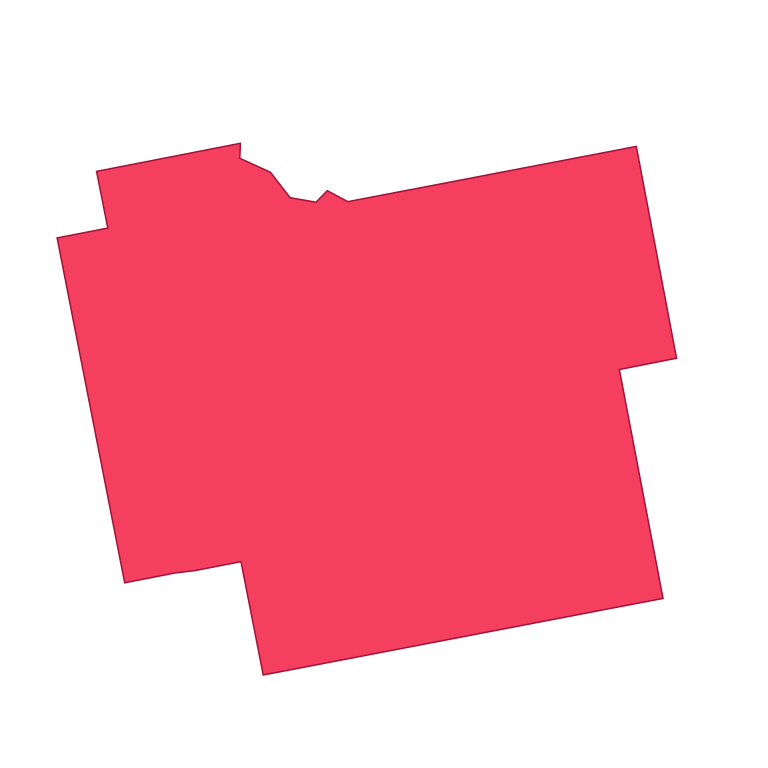 Johnston, Oklahoma, United States of America (Albers equal-area conic projection), rotated 169°
{"feature_id": "52423323B47407228750846", "entity_name": "Johnston", "entity_type": "district", "adm_level": 2, "iso_a3": "USA", "parent_name": "United States of America", "parent_adm1": "Oklahoma", "projection": "albers", "projection_center": [-96.639, 34.31], "detail": "fine", "context": "isolated", "style": "filled", "palette": "rose", "viewbox_px": 768, "rotation_deg": 169, "n_neighbors": 0, "source": "geoboundaries", "source_scale": "gbopen_adm2", "svg_char_len": 420}
<svg xmlns="http://www.w3.org/2000/svg" viewBox="0 0 768 768"><g transform="rotate(169 384 384)"><path d="M91.9,353.5L91.0,569.1L384.7,569.9L402.8,584.6L416.0,575.4L440.6,584.8L455.1,613.5L482.5,633.1L479.0,647.7L625.6,647.6L625.4,589.8L677.0,589.8L676.5,238.3L625.7,238.4L605.0,236.9L558.3,236.9L558.1,121.4L210.3,120.5L151.0,120.3L150.2,353.3L91.9,353.5Z" fill="#f43f5e" stroke="#9f1239" stroke-width="1.5"/></g></svg>